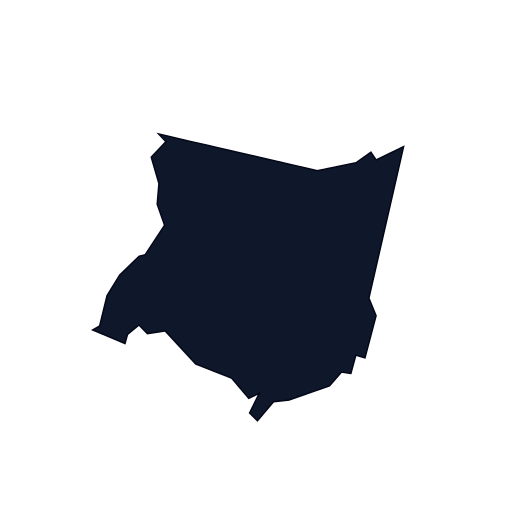 the district of Newton, Georgia, United States of America, rotated 66°
{"feature_id": "52423323B35386078510712", "entity_name": "Newton", "entity_type": "district", "adm_level": 2, "iso_a3": "USA", "parent_name": "United States of America", "parent_adm1": "Georgia", "projection": "orthographic", "projection_center": [-83.861, 33.556], "detail": "fine", "context": "isolated", "style": "filled", "palette": "ink", "viewbox_px": 512, "rotation_deg": 66, "n_neighbors": 0, "source": "geoboundaries", "source_scale": "gbopen_adm2", "svg_char_len": 743}
<svg xmlns="http://www.w3.org/2000/svg" viewBox="0 0 512 512"><g transform="rotate(66 256 256)"><path d="M216.1,76.7L217.1,107.2L207.9,108.8L211.5,126.6L203.0,165.3L202.7,165.7L186.8,186.8L168.2,211.4L157.3,225.9L140.0,248.9L136.6,253.3L122.7,272.0L112.8,284.9L104.9,295.3L114.9,291.8L123.1,311.5L150.3,315.2L168.5,325.2L190.7,327.0L209.8,356.8L208.7,362.9L217.9,388.2L231.6,408.2L256.3,427.3L257.1,435.3L282.7,411.3L275.4,405.3L271.4,391.0L282.8,386.8L287.5,369.5L330.2,355.0L357.7,327.9L383.1,320.5L382.7,308.8L396.8,325.7L407.1,321.7L396.3,299.3L401.0,284.5L404.5,241.6L396.8,225.1L401.9,217.1L387.2,205.1L393.4,197.9L359.4,170.6L340.4,170.0L314.6,150.6L237.2,92.5L216.1,76.7Z" fill="#0f172a" stroke="#020617" stroke-width="1.5"/></g></svg>